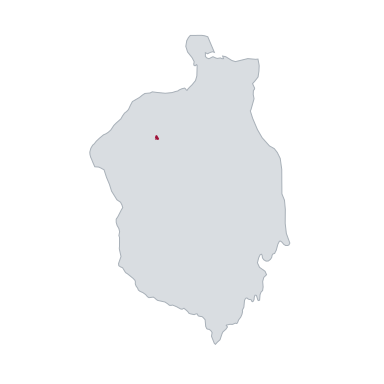 Magura, Bacau, Romania (highlighted), rotated 259°
{"feature_id": "2599482B10782205766979", "entity_name": "Magura", "entity_type": "district", "adm_level": 2, "iso_a3": "ROU", "parent_name": "Romania", "parent_adm1": "Bacau", "projection": "robinson", "projection_center": [26.814, 46.555], "detail": "fine", "context": "in_parent", "style": "filled", "palette": "rose", "viewbox_px": 384, "rotation_deg": 259, "n_neighbors": 0, "source": "geoboundaries", "source_scale": "gbopen_adm2", "svg_char_len": 3990}
<svg xmlns="http://www.w3.org/2000/svg" viewBox="0 0 384 384"><g transform="rotate(259 192 192)"><path d="M297.2,212.5L300.7,216.7L305.0,218.9L315.2,221.2L316.1,220.9L316.2,220.5L315.5,219.9L315.3,219.1L315.8,218.2L317.2,218.1L319.5,219.0L323.9,217.7L330.2,214.4L336.1,213.7L341.5,215.7L344.3,218.0L346.0,220.2L345.5,222.9L345.2,224.5L343.9,231.5L343.0,234.1L341.4,237.1L324.8,240.6L325.8,238.9L325.4,235.9L324.7,233.7L326.2,231.7L322.5,231.0L320.8,232.1L319.6,234.0L320.8,238.4L319.0,240.9L318.3,242.3L318.2,245.5L317.1,246.9L316.9,248.4L319.6,248.0L318.4,250.9L313.5,256.2L311.7,259.5L312.3,272.2L310.1,279.8L309.9,282.1L304.6,282.1L303.0,282.0L298.0,280.8L292.3,278.8L288.9,274.9L286.8,272.1L282.0,273.3L281.1,273.0L279.8,271.6L276.1,270.7L271.7,270.7L261.6,265.6L260.5,264.7L252.7,265.6L240.9,268.1L231.9,271.2L222.5,276.8L218.8,281.1L214.4,283.3L208.1,285.0L197.0,284.4L185.4,282.2L173.0,279.9L166.3,281.2L157.2,280.3L143.5,277.5L133.3,276.7L123.2,278.3L121.6,277.1L121.2,275.7L121.6,273.7L123.1,272.1L125.5,270.8L126.9,269.6L127.0,268.4L124.3,266.3L118.8,263.6L116.5,261.8L115.9,261.4L115.8,259.8L114.7,258.6L112.5,257.7L110.9,256.1L109.7,253.7L110.0,251.5L111.8,249.5L113.9,248.6L116.6,248.8L117.7,248.2L117.3,246.8L114.7,244.9L110.0,242.7L105.2,243.9L100.2,248.6L96.6,249.4L94.5,246.2L90.7,244.3L85.2,243.7L81.8,242.5L80.6,240.7L78.2,239.2L72.9,237.7L72.8,236.3L73.7,236.0L75.6,235.8L78.2,235.5L78.6,234.7L78.6,234.0L76.7,233.0L74.6,232.4L73.6,231.7L72.9,231.0L72.8,230.3L73.4,229.8L74.2,229.8L75.1,229.3L75.6,227.6L76.7,226.2L77.5,225.7L77.5,224.7L76.7,223.7L75.6,222.9L74.0,222.4L69.0,220.9L66.4,218.9L64.9,218.8L62.4,217.7L59.8,215.9L57.6,213.4L55.1,211.8L54.5,211.1L54.4,210.5L54.9,209.8L54.9,209.0L54.3,206.6L54.9,204.0L54.8,201.5L54.8,200.4L54.4,200.1L53.9,200.4L53.3,200.9L52.7,201.0L50.9,199.2L48.7,195.6L47.1,194.4L44.1,192.7L41.6,191.3L39.8,188.3L38.0,185.9L39.3,185.0L46.7,183.6L50.1,184.9L51.6,184.4L53.2,183.3L54.0,182.5L54.2,181.5L55.0,180.4L57.5,179.8L64.1,180.5L66.8,178.9L67.8,178.0L68.4,176.1L69.2,174.5L71.5,173.7L71.5,172.3L71.2,170.7L72.7,167.2L73.6,165.8L74.9,165.3L76.6,164.2L79.4,161.9L78.8,159.9L79.4,158.5L82.4,154.9L84.7,151.4L84.7,149.7L85.1,148.2L87.1,146.6L89.2,144.4L92.1,137.7L93.1,136.6L94.9,135.3L96.2,134.0L96.5,129.6L97.7,128.3L100.2,126.9L102.6,124.6L104.5,121.9L106.1,120.6L108.0,120.3L110.2,119.2L112.6,118.8L114.8,119.3L116.3,119.1L118.5,117.7L124.3,112.8L125.1,111.8L126.3,111.1L130.9,109.4L132.0,107.7L133.6,106.1L135.7,106.2L142.2,110.0L149.3,109.8L150.6,109.9L151.0,110.0L151.8,110.3L161.2,112.2L162.7,112.0L163.1,111.9L166.9,113.4L170.2,113.2L173.4,112.1L176.7,111.8L179.8,112.4L182.0,114.6L188.0,119.3L189.8,121.0L192.5,120.8L195.6,119.9L198.7,116.8L208.2,113.2L215.4,112.4L222.5,110.9L230.6,109.9L233.0,107.0L234.3,105.1L235.3,101.4L239.6,100.4L243.8,99.6L245.3,99.2L248.3,99.0L250.7,99.3L254.3,101.1L256.9,103.4L257.9,105.2L260.1,107.7L262.4,111.3L265.0,116.0L265.5,118.4L266.5,121.0L268.4,124.2L272.0,127.7L272.5,128.3L274.2,130.8L277.4,136.2L280.0,138.4L282.3,140.8L283.5,143.2L285.1,145.4L289.0,148.2L292.2,150.8L294.8,158.4L296.6,161.8L297.7,164.5L297.2,169.8L297.9,172.1L296.5,176.3L294.0,184.7L293.4,191.4L293.8,195.0L293.9,197.4L294.6,198.8L295.3,201.9L295.4,204.6L294.5,205.3L293.2,205.9L292.7,206.5L293.9,207.7L295.5,209.9L297.2,212.5Z" fill="#d9dde1" stroke="#a8b0b8" stroke-width="1"/><path d="M250.9,169.0L250.9,168.9L251.0,168.9L251.3,168.8L251.4,168.7L251.5,168.7L251.6,168.4L251.8,168.3L251.8,168.2L252.0,168.2L252.3,168.3L252.6,168.3L252.8,168.3L253.3,168.2L253.8,167.9L253.8,167.7L253.7,167.6L253.4,167.5L253.4,167.4L253.2,167.4L253.1,167.2L252.9,167.1L252.7,167.2L252.4,167.0L252.4,166.9L252.2,166.8L252.1,167.0L251.9,167.1L251.7,167.1L251.4,167.1L251.2,167.1L251.1,167.3L251.1,167.5L251.0,167.4L251.0,167.5L251.0,167.8L250.9,167.9L250.9,168.0L250.7,168.1L250.5,168.3L250.4,168.4L250.4,168.5L250.5,168.5L250.6,168.8L250.8,168.9L250.8,169.0L250.9,169.0Z" fill="#f43f5e" stroke="#9f1239" stroke-width="1.5"/></g></svg>